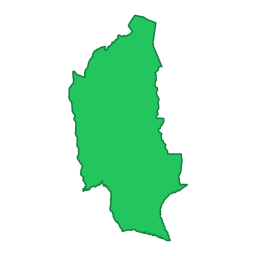 Sene West, Brong Ahafo, Ghana (Natural Earth projection)
{"feature_id": "2480657B37380438315906", "entity_name": "Sene West", "entity_type": "district", "adm_level": 2, "iso_a3": "GHA", "parent_name": "Ghana", "parent_adm1": "Brong Ahafo", "projection": "natural_earth1", "projection_center": [-0.653, 7.749], "detail": "fine", "context": "isolated", "style": "filled", "palette": "green", "viewbox_px": 256, "rotation_deg": 0, "n_neighbors": 0, "source": "geoboundaries", "source_scale": "gbopen_adm2", "svg_char_len": 5785}
<svg xmlns="http://www.w3.org/2000/svg" viewBox="0 0 256 256"><path d="M155.8,22.9L146.9,19.4L143.5,17.1L134.8,15.4L129.6,23.1L128.4,26.0L131.9,30.7L132.1,31.3L131.6,32.4L130.3,33.9L126.5,35.8L124.7,36.1L124.0,35.5L123.5,36.2L121.5,36.4L120.6,36.2L120.1,35.5L119.3,35.1L118.2,35.3L117.9,35.9L118.0,38.5L116.1,39.6L115.0,40.6L114.1,42.4L113.6,42.1L112.2,42.3L112.0,43.0L112.2,43.7L109.9,45.8L109.4,46.7L108.5,46.7L107.6,47.5L107.3,48.2L107.2,49.6L106.4,50.4L106.2,50.3L105.6,49.5L105.1,49.7L105.0,49.0L104.5,48.6L105.3,46.8L104.8,46.5L101.4,47.4L99.2,48.4L98.4,49.2L97.0,49.9L96.9,49.6L96.1,50.4L95.6,50.4L94.1,51.7L93.1,53.4L93.2,54.3L92.6,54.7L92.7,55.9L92.5,56.8L92.0,57.0L92.0,57.3L91.5,57.9L91.1,58.8L90.9,58.7L90.2,59.4L89.3,61.0L88.2,64.3L88.3,64.8L87.7,67.1L86.5,69.1L85.7,69.7L85.2,70.6L85.3,71.0L84.8,72.3L85.1,72.4L85.1,73.0L84.8,73.6L84.8,76.3L84.5,76.8L84.6,77.2L83.0,76.9L80.2,75.6L78.2,75.2L76.8,74.3L74.5,71.5L74.0,71.6L73.8,71.8L73.7,71.6L73.5,72.0L73.4,71.9L73.1,72.0L73.1,72.5L72.9,72.4L73.0,73.2L72.9,73.8L73.3,74.5L73.0,75.1L73.2,76.5L73.4,76.7L73.2,77.5L73.5,78.5L73.8,78.6L73.9,79.2L73.4,79.8L73.7,81.7L73.0,83.4L72.5,83.9L72.3,84.6L71.9,85.1L71.4,85.2L71.0,86.1L70.4,86.6L70.3,87.3L69.7,87.7L69.4,88.6L69.1,89.8L69.3,91.2L69.1,92.1L69.3,94.4L68.9,96.3L69.1,98.2L69.6,99.5L70.7,101.3L71.4,101.9L71.9,103.7L72.0,106.3L72.3,108.3L72.2,110.0L72.3,111.2L73.4,113.3L74.8,115.1L74.9,115.9L74.8,116.6L75.1,116.9L74.2,117.9L74.1,119.0L74.1,119.8L75.2,121.1L75.9,122.9L76.1,125.5L75.9,126.2L75.7,129.3L75.9,129.6L75.7,130.9L75.9,131.2L75.7,131.5L75.4,134.0L76.3,135.9L77.3,136.7L77.3,142.2L76.9,144.2L77.2,146.2L77.6,147.1L78.6,148.0L78.8,148.5L78.5,150.7L78.7,153.9L78.3,155.4L77.6,156.1L77.3,157.5L77.4,158.0L78.2,159.9L79.1,160.5L79.7,162.3L80.3,162.7L81.1,163.8L81.2,164.4L81.8,164.6L82.4,165.9L82.3,167.5L81.8,167.8L81.6,169.0L81.3,169.3L80.9,171.6L81.0,172.2L80.6,173.9L81.1,174.3L81.0,174.9L81.6,175.6L82.5,176.0L82.7,176.9L83.7,177.4L83.7,178.0L83.2,178.8L83.1,180.7L84.1,181.1L84.3,181.9L85.1,183.3L85.1,184.0L86.1,185.1L86.1,186.5L85.8,186.8L85.3,186.8L84.6,187.1L85.0,188.4L83.1,189.0L83.2,189.9L82.9,190.5L83.6,191.1L84.6,190.5L85.0,189.9L86.3,190.3L86.4,189.9L87.0,190.2L87.5,189.5L87.7,189.8L88.6,189.4L88.7,189.8L89.3,189.7L89.6,189.0L90.0,188.7L90.1,188.1L91.1,187.2L91.2,186.8L91.8,186.9L92.8,186.3L94.0,186.1L94.2,186.5L94.7,186.5L95.3,187.0L96.6,186.1L97.1,185.3L98.1,185.1L98.7,184.4L99.2,184.6L99.6,184.3L99.6,184.7L99.9,184.4L100.5,184.1L100.5,183.4L100.9,182.8L102.3,181.4L102.3,183.4L103.6,184.8L103.5,185.7L103.8,185.8L104.8,184.6L105.0,184.6L105.3,186.2L105.7,185.9L106.3,186.3L106.9,187.3L108.2,188.4L108.6,189.4L109.5,190.8L110.7,191.2L111.0,191.6L110.6,193.2L111.4,193.9L111.4,194.7L111.1,195.3L111.3,195.9L110.9,196.5L110.9,197.0L111.3,197.4L111.4,198.0L110.9,198.4L110.8,198.8L111.0,199.2L110.5,199.8L110.5,200.7L111.1,201.2L111.4,202.0L110.6,203.4L110.9,204.5L110.3,205.9L110.7,206.2L110.7,206.7L110.5,206.9L110.5,207.3L110.0,208.0L110.2,208.4L110.0,209.9L111.1,211.1L111.3,211.6L112.1,211.8L112.8,212.5L113.1,215.0L113.6,215.3L113.3,216.6L113.4,217.2L114.3,218.4L114.6,219.5L114.9,219.6L115.6,220.8L115.8,220.7L116.5,222.0L116.9,222.3L117.5,222.1L117.8,222.3L117.8,222.8L119.4,224.9L119.5,225.8L120.1,226.6L120.2,227.6L121.9,229.1L122.1,229.8L121.8,230.5L122.3,231.0L123.1,231.4L123.6,231.3L124.3,230.6L126.6,230.4L127.7,229.8L129.5,230.2L130.1,230.0L131.8,230.2L132.7,229.4L133.4,229.4L134.5,229.7L135.1,229.5L136.1,230.9L136.7,231.2L137.6,231.1L138.2,231.3L138.7,231.8L140.1,232.0L140.7,231.8L141.3,232.4L142.2,232.4L143.0,233.0L143.5,232.9L143.9,232.3L144.4,232.3L144.5,233.2L144.8,233.4L145.6,232.8L145.8,232.2L146.9,233.5L147.8,233.9L148.7,233.7L149.1,234.4L149.6,234.3L149.8,233.7L150.0,233.5L151.1,234.5L152.0,234.8L152.9,235.5L153.7,235.0L153.8,234.7L154.4,235.4L155.6,235.0L156.5,235.9L157.2,235.7L157.5,236.6L158.4,237.1L159.0,236.9L159.4,237.5L160.0,237.3L160.1,237.2L159.9,237.0L160.3,236.6L160.7,236.9L160.6,237.1L160.9,237.9L161.4,238.3L161.7,238.3L161.7,238.0L162.3,238.0L162.7,238.5L164.4,238.8L166.1,240.1L167.1,240.5L167.9,240.6L168.8,240.3L169.6,240.6L170.3,240.2L169.9,239.4L169.2,238.9L168.9,237.9L168.6,237.5L168.9,236.3L168.7,235.6L167.8,235.0L167.8,232.9L166.9,232.0L166.5,230.7L164.8,229.3L164.9,227.2L163.6,225.1L163.6,223.9L163.3,223.8L162.7,222.6L162.2,220.2L161.4,218.1L160.9,217.7L160.2,216.4L160.2,215.5L160.7,214.2L160.7,213.3L160.0,212.7L159.8,212.3L160.5,211.5L160.2,210.4L160.3,209.0L161.1,207.3L161.7,204.4L162.1,203.6L162.4,203.6L163.0,202.9L163.2,202.1L164.1,200.4L164.1,199.8L165.7,198.6L167.5,196.5L168.7,195.7L168.8,194.7L169.2,194.3L170.5,193.8L171.0,193.4L171.9,193.4L173.8,192.4L175.5,192.5L176.5,191.3L177.3,190.9L178.2,190.6L179.0,190.9L180.0,189.9L181.0,189.4L182.2,188.2L186.0,185.9L187.0,185.1L187.1,184.6L183.2,184.4L180.1,184.7L180.1,183.1L179.5,182.6L179.2,181.1L179.2,178.5L178.7,177.1L179.1,175.4L180.4,172.9L181.2,169.4L181.1,167.4L181.3,166.4L181.2,166.1L181.7,164.2L181.6,162.7L182.0,161.2L181.9,159.1L181.5,157.7L181.3,154.1L167.8,154.0L167.5,151.1L164.9,147.2L165.7,145.5L165.7,144.7L165.3,144.2L163.7,143.0L163.4,141.5L161.9,139.6L161.2,138.0L161.2,136.0L161.6,133.5L159.1,131.8L158.5,130.8L158.6,129.5L159.5,128.6L160.2,128.3L160.5,126.5L162.1,125.0L162.5,123.5L163.7,121.9L163.9,120.1L163.5,118.4L157.5,118.3L156.8,117.9L156.3,117.2L156.4,115.9L157.0,115.2L157.7,114.9L157.9,113.7L157.0,110.9L158.2,109.4L158.7,108.3L158.6,105.2L158.1,102.4L158.9,100.0L158.9,98.7L157.5,96.4L156.2,93.2L157.5,89.5L157.2,87.8L156.3,87.3L155.6,87.3L154.8,84.2L155.5,81.1L156.1,80.6L156.3,79.8L155.9,76.9L156.3,75.0L154.9,73.1L158.2,70.0L158.8,67.1L160.3,66.3L161.8,66.5L153.0,45.3L153.3,44.2L153.0,43.8L152.7,42.2L153.4,39.7L155.8,22.9Z" fill="#22c55e" stroke="#15803d" stroke-width="1.5"/></svg>